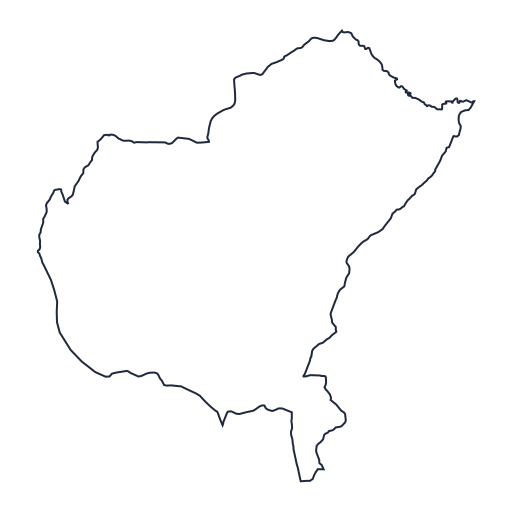 the district of Mandera North, North-Eastern, Kenya
{"feature_id": "3690345B80624826839047", "entity_name": "Mandera North", "entity_type": "district", "adm_level": 2, "iso_a3": "KEN", "parent_name": "Kenya", "parent_adm1": "North-Eastern", "projection": "orthographic", "projection_center": [40.826, 3.604], "detail": "fine", "context": "isolated", "style": "outline", "palette": "slate", "viewbox_px": 512, "rotation_deg": 0, "n_neighbors": 0, "source": "geoboundaries", "source_scale": "gbopen_adm2", "svg_char_len": 5945}
<svg xmlns="http://www.w3.org/2000/svg" viewBox="0 0 512 512"><path d="M47.0,202.8L46.0,205.3L46.6,208.7L46.7,211.9L44.8,216.2L43.2,218.9L43.2,222.8L40.9,229.3L40.6,232.4L39.3,234.7L39.2,236.8L40.1,241.0L39.9,243.8L40.2,246.7L39.9,248.5L38.8,250.2L38.0,250.6L37.8,252.0L39.4,253.7L40.0,255.7L41.1,258.0L42.7,263.4L43.4,264.4L50.9,279.8L54.1,289.7L57.2,301.5L56.7,312.3L57.0,322.2L59.7,332.5L70.7,350.0L81.8,361.6L95.3,372.1L105.6,376.7L109.5,376.5L111.8,373.8L113.3,373.3L116.7,372.5L127.0,370.9L128.2,371.4L130.7,373.0L138.4,376.5L141.3,376.0L146.7,373.5L149.6,372.8L152.0,372.6L154.6,372.6L157.2,373.4L158.7,375.6L159.6,377.7L160.6,379.3L161.7,380.4L164.1,385.0L166.6,385.6L171.2,385.4L181.2,386.4L185.4,388.5L196.1,393.5L199.7,395.6L205.2,401.5L210.1,406.2L215.4,410.7L216.9,411.4L217.7,412.6L220.1,419.3L222.6,425.3L223.1,423.8L223.4,421.9L226.9,413.2L227.7,411.8L229.6,411.4L231.3,411.4L236.3,413.7L239.6,414.0L245.5,412.4L253.3,410.7L255.2,409.6L259.1,406.7L261.8,405.5L263.0,405.4L264.5,405.6L265.5,407.8L267.1,409.3L270.9,410.7L272.8,410.9L276.4,409.5L278.2,408.5L280.0,408.4L282.4,408.5L291.8,412.3L291.8,418.2L291.4,421.4L291.9,424.3L292.1,428.2L291.0,431.8L291.1,434.8L292.4,439.3L292.8,443.9L293.5,446.8L293.5,449.1L296.8,464.5L297.8,467.7L300.4,480.1L300.8,481.3L305.3,480.9L309.9,480.9L312.8,478.9L314.0,475.5L315.7,472.2L317.8,469.2L323.6,469.3L321.6,464.9L319.5,463.3L319.4,462.9L319.2,459.8L316.4,452.5L316.1,450.2L316.6,446.1L318.0,444.1L320.7,442.0L323.1,439.3L323.9,435.9L324.4,434.6L325.6,433.6L327.6,432.8L328.3,432.1L328.8,431.1L331.8,430.5L333.8,429.5L335.6,427.5L340.2,426.7L341.5,426.2L345.1,422.4L345.8,420.4L345.1,414.0L343.7,412.2L341.2,410.7L336.3,404.6L330.6,400.0L331.0,398.1L330.5,396.0L329.8,394.2L327.0,390.7L325.6,389.4L325.2,388.1L324.5,387.2L325.5,385.2L326.1,382.6L326.0,379.2L325.6,376.5L324.2,376.0L321.4,376.0L320.3,375.5L312.0,375.2L310.0,375.2L305.9,376.4L303.7,376.5L303.4,376.1L304.5,374.5L305.5,372.2L310.0,360.6L310.3,358.3L311.4,356.6L311.3,355.6L311.6,354.8L312.1,351.2L313.2,349.0L318.9,344.1L322.9,342.7L327.0,339.2L329.3,338.0L331.8,335.3L336.3,331.8L336.3,331.5L335.8,329.7L335.8,327.0L332.7,323.3L332.1,322.3L331.9,319.9L330.7,315.0L330.7,313.2L335.4,300.7L336.8,297.6L337.3,295.0L338.1,293.0L338.9,291.4L340.3,289.5L344.3,286.4L345.0,282.6L346.1,278.3L346.8,276.8L349.1,273.3L349.5,269.6L349.4,267.4L349.0,266.2L346.8,263.1L346.4,261.5L347.4,258.3L348.0,257.0L349.1,255.9L353.0,252.7L354.6,251.1L357.7,247.1L360.9,243.7L363.3,241.6L367.5,239.2L369.9,236.1L370.9,235.2L378.1,232.2L382.6,229.1L384.4,226.4L390.8,218.3L392.5,213.7L395.6,211.0L396.4,209.8L397.5,209.5L398.8,209.5L400.9,208.5L402.2,207.1L404.0,206.3L405.9,202.8L407.9,200.1L409.1,199.1L411.9,196.0L414.5,194.3L415.1,193.0L416.2,189.4L419.6,186.6L421.9,185.1L423.4,183.5L427.1,180.2L428.3,178.4L430.3,177.1L432.0,175.5L433.8,172.8L435.2,171.2L435.2,169.6L440.1,160.9L442.0,155.8L445.7,151.4L446.6,147.8L449.1,147.1L453.3,136.4L453.9,136.0L454.8,136.4L457.1,136.5L458.9,135.0L459.7,131.4L460.2,130.1L460.7,127.2L460.7,126.0L459.6,124.1L458.9,122.3L458.6,119.6L458.8,116.1L459.9,113.5L461.3,111.9L463.2,111.1L464.9,110.4L468.6,110.0L470.8,107.4L474.2,101.2L473.4,101.2L473.0,101.5L472.8,102.4L472.3,102.8L466.3,100.2L463.0,101.7L461.9,101.6L460.8,100.9L460.2,100.8L459.9,101.0L459.4,102.7L458.7,102.9L457.9,102.5L457.6,101.9L457.4,99.3L457.0,98.6L456.3,98.4L455.5,98.7L453.0,101.2L452.5,102.7L452.1,102.7L451.2,101.4L446.9,101.3L445.8,101.6L445.7,102.3L446.2,102.6L446.2,103.5L442.8,104.1L442.2,104.6L442.1,109.1L441.8,109.4L437.6,109.3L436.9,109.1L434.7,107.2L434.0,106.9L431.8,106.8L430.1,105.5L428.3,105.3L427.8,105.5L427.4,106.1L427.0,106.2L426.1,105.1L424.6,104.1L424.0,102.5L421.7,101.6L418.9,99.5L415.2,97.9L412.4,97.8L410.8,95.9L408.8,95.7L408.3,95.4L408.0,94.7L408.0,94.2L410.4,93.9L410.6,93.6L410.5,93.2L409.1,92.5L406.4,92.6L405.8,92.4L405.7,92.0L405.9,91.4L406.5,91.0L406.7,90.5L404.4,89.2L402.2,86.4L400.9,86.2L399.5,87.5L398.6,87.5L396.7,86.1L395.6,84.6L394.8,81.0L395.1,80.4L397.1,79.3L397.0,78.6L396.1,78.2L393.9,77.6L390.4,75.8L388.9,74.3L388.6,72.7L387.1,71.2L383.7,70.8L382.5,69.7L382.3,67.0L381.9,64.8L380.7,62.8L378.7,60.7L376.9,59.3L374.7,58.0L373.3,56.7L371.5,54.2L369.3,48.1L367.9,47.8L366.2,49.0L365.3,49.0L364.1,46.1L362.6,45.8L360.1,45.8L359.4,45.2L358.7,44.1L358.5,41.3L357.6,40.2L356.3,39.8L355.0,38.7L352.8,36.5L351.3,33.3L348.4,32.0L344.0,32.4L342.4,31.9L341.9,30.7L338.5,34.3L336.1,37.7L334.2,40.0L332.5,40.8L329.5,41.1L323.9,40.2L317.1,38.0L314.1,37.7L312.5,38.0L311.1,38.7L309.0,41.1L306.7,42.9L304.4,44.5L302.7,46.7L301.7,47.6L299.7,48.2L298.0,48.2L296.5,48.8L294.2,50.6L291.5,52.2L286.6,55.5L285.0,56.1L284.1,57.0L284.1,57.6L283.6,58.7L283.2,59.1L281.8,59.9L276.3,62.3L271.7,63.8L267.9,66.8L262.4,74.1L260.8,74.9L259.5,74.8L253.9,72.9L246.5,73.5L241.5,74.8L239.5,76.0L236.1,77.3L235.2,77.9L234.0,79.5L235.1,94.0L235.2,99.9L235.0,102.0L234.4,103.9L233.1,105.7L230.7,107.7L225.5,109.3L223.2,110.2L217.2,113.6L214.0,116.1L212.0,118.6L210.6,121.5L209.0,128.0L208.2,133.9L207.3,137.2L207.6,138.6L208.7,140.3L208.9,141.9L200.9,142.6L196.8,142.7L190.4,139.5L188.5,138.8L178.0,137.6L176.6,138.5L172.1,143.0L170.5,143.6L168.9,143.9L167.4,143.6L165.1,142.4L148.7,142.2L146.8,142.4L136.8,142.1L134.0,142.7L132.2,141.4L129.7,140.7L128.6,140.6L124.5,140.8L123.1,140.6L121.5,140.0L119.9,139.0L118.6,138.6L115.7,136.0L113.1,134.8L110.2,134.6L109.5,135.3L108.9,135.5L108.3,135.0L107.1,134.8L104.1,135.1L100.8,139.2L97.5,141.9L97.9,147.5L97.3,149.8L95.0,152.3L93.4,154.6L92.2,157.1L92.0,160.1L90.2,162.3L89.3,163.9L88.3,165.3L84.8,167.4L84.1,168.3L83.4,169.7L83.3,172.9L83.1,173.4L81.2,175.7L80.0,177.8L78.6,180.8L74.7,186.4L73.9,190.4L72.7,194.9L71.4,196.4L68.6,198.2L67.5,199.7L67.4,201.3L68.0,203.3L67.5,203.4L64.9,201.5L62.8,195.1L61.4,191.8L61.1,189.5L59.7,189.1L55.0,189.9L54.4,190.3L53.9,191.0L53.4,192.6L50.9,196.7L49.9,199.3L48.0,201.8L47.0,202.8Z" fill="none" stroke="#1e293b" stroke-width="2"/></svg>